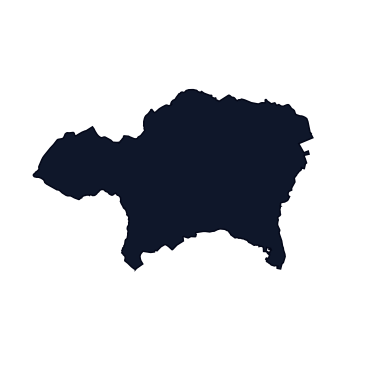 Sangeorgiu De Padure, Mures, Romania (Mercator projection), rotated 154°
{"feature_id": "2599482B81153426135249", "entity_name": "Sangeorgiu De Padure", "entity_type": "district", "adm_level": 2, "iso_a3": "ROU", "parent_name": "Romania", "parent_adm1": "Mures", "projection": "mercator", "projection_center": [24.904, 46.423], "detail": "fine", "context": "isolated", "style": "filled", "palette": "ink", "viewbox_px": 384, "rotation_deg": 154, "n_neighbors": 0, "source": "geoboundaries", "source_scale": "gbopen_adm2", "svg_char_len": 6077}
<svg xmlns="http://www.w3.org/2000/svg" viewBox="0 0 384 384"><g transform="rotate(154 192 192)"><path d="M325.5,277.7L326.9,277.1L327.3,276.5L327.3,275.9L327.0,274.9L325.3,273.5L323.2,272.4L321.5,270.6L320.0,268.1L319.9,266.6L320.1,265.0L319.1,262.8L312.4,253.2L311.2,252.5L310.3,251.4L309.0,248.1L306.6,244.2L305.4,243.1L303.5,242.2L302.5,241.5L300.3,238.4L297.0,234.9L296.5,234.8L294.7,235.4L293.8,235.1L292.4,236.1L291.8,236.0L291.1,236.2L289.5,235.7L288.8,235.9L288.1,235.4L286.4,234.8L285.6,233.8L285.4,233.9L285.4,234.4L284.1,234.0L282.8,232.4L281.5,231.8L280.5,231.7L278.7,232.1L277.1,232.9L275.9,233.1L274.0,234.0L271.8,233.9L269.8,232.3L269.7,231.2L269.4,230.5L267.7,228.7L267.2,226.5L265.8,224.6L265.2,224.2L264.3,224.1L262.4,224.5L261.1,224.5L260.9,224.1L260.9,223.3L260.4,222.5L260.5,221.9L259.7,221.5L259.3,220.7L258.7,218.4L259.7,215.6L260.4,215.1L260.6,212.6L260.4,209.5L260.5,207.8L260.2,207.0L259.5,206.9L259.8,206.1L259.4,204.4L259.9,201.1L260.6,200.1L260.0,199.2L259.8,196.8L260.1,196.2L260.2,196.4L261.2,195.0L261.1,193.6L262.3,192.4L262.6,191.5L263.5,190.0L265.0,189.2L266.1,187.8L266.5,186.7L266.4,185.3L266.7,184.6L268.0,182.8L268.5,181.6L270.5,178.9L271.3,178.4L272.4,178.3L273.3,177.6L275.2,174.7L276.1,173.8L276.8,173.5L277.3,172.5L278.8,172.0L279.2,171.5L279.6,170.7L280.6,170.3L281.0,168.7L281.8,168.1L281.3,167.1L281.2,165.7L280.5,164.0L280.5,163.1L281.0,161.8L282.3,160.2L282.5,159.5L280.9,156.2L279.2,151.4L277.8,148.5L276.9,147.2L277.0,147.0L275.4,147.7L267.8,148.9L268.1,152.8L267.7,154.9L267.1,156.8L266.3,157.9L265.0,159.0L262.1,160.3L255.6,155.8L252.0,154.6L251.5,155.3L250.7,155.6L250.0,155.3L249.2,154.5L243.9,156.4L239.9,156.7L239.2,156.5L238.5,156.0L237.8,154.9L236.8,153.0L235.4,149.3L235.2,148.9L234.7,148.8L228.7,151.0L221.2,151.8L220.0,155.2L219.6,155.7L219.0,155.7L216.0,152.8L215.2,152.4L212.5,152.5L208.7,150.4L208.2,150.4L207.8,151.3L207.0,151.6L206.9,151.9L207.2,152.5L206.9,152.8L206.7,153.6L206.4,153.9L199.5,151.8L197.0,150.6L193.6,148.4L190.7,147.7L189.3,147.1L185.6,147.1L182.9,146.6L179.0,144.2L178.4,143.5L177.3,141.9L176.3,141.1L176.2,139.2L175.7,137.6L175.9,136.7L173.4,131.9L171.5,131.4L170.0,129.8L169.1,129.7L167.3,128.0L166.1,127.3L165.1,125.9L163.6,124.4L163.0,121.8L161.4,120.0L161.1,119.3L160.7,118.9L160.2,117.9L159.7,117.1L159.1,116.7L158.2,116.6L157.4,116.0L156.5,115.7L155.2,114.7L155.7,113.6L153.6,113.0L152.7,112.1L152.3,111.4L152.3,110.5L153.7,107.2L151.4,105.9L151.2,106.1L151.0,106.9L150.1,108.3L149.2,109.4L147.8,108.0L146.1,106.9L146.2,106.5L147.2,106.4L146.1,105.9L146.0,105.4L146.1,104.9L147.5,104.7L149.0,103.2L149.4,103.5L149.6,104.3L150.6,105.5L151.1,105.4L150.9,103.7L150.2,101.8L149.8,101.4L152.2,99.0L153.0,99.2L154.1,100.0L154.8,99.6L155.2,99.2L154.3,97.8L154.4,97.6L155.2,97.5L155.4,97.2L155.3,96.6L154.7,95.9L153.7,93.8L153.1,93.2L153.0,92.4L152.6,91.6L150.4,89.5L148.8,89.2L148.4,88.4L147.3,87.6L148.9,86.5L148.9,86.1L146.1,84.0L142.9,87.8L140.8,88.6L136.6,93.1L135.8,95.4L135.2,99.6L134.5,101.7L134.3,103.9L132.8,108.9L131.9,116.1L131.3,117.8L130.5,118.4L129.9,119.2L129.8,119.9L129.7,123.8L129.4,125.4L128.1,127.5L126.7,129.1L126.3,131.4L124.9,132.1L123.6,132.2L122.7,132.6L122.2,133.2L122.1,134.1L121.2,136.3L120.8,137.7L120.3,138.4L119.6,139.1L118.8,140.7L118.4,140.5L118.6,141.2L117.9,141.9L117.7,142.7L116.9,143.3L114.8,143.0L113.1,142.4L110.1,142.5L109.1,142.9L106.3,145.1L106.9,146.1L107.0,147.1L106.2,148.8L104.7,150.1L101.6,150.0L100.9,151.7L99.8,152.6L95.1,155.9L93.9,159.8L90.6,161.4L89.6,162.2L88.3,162.7L86.2,163.8L85.3,163.7L84.4,164.0L83.9,164.4L82.9,166.1L82.6,165.9L82.3,164.9L80.8,163.8L77.8,167.6L76.3,167.9L75.6,172.9L75.7,173.7L75.1,175.8L70.2,174.7L69.6,177.9L74.1,178.2L74.3,178.8L74.9,188.7L59.6,187.8L59.7,192.3L59.3,192.3L59.7,194.2L57.0,204.5L56.7,207.7L57.7,209.5L58.8,210.9L60.1,212.2L61.7,213.1L64.7,216.1L64.7,218.5L64.4,219.7L64.5,220.6L64.9,221.7L65.7,222.9L66.2,224.5L66.2,225.4L66.7,227.6L67.1,228.2L67.6,228.5L68.9,228.8L72.4,229.0L73.9,229.9L74.6,230.7L75.6,232.5L78.1,232.8L78.5,235.8L81.9,236.5L82.5,237.0L83.0,238.3L84.0,239.8L84.6,241.2L84.7,242.2L85.0,242.7L85.6,242.8L86.2,242.0L86.6,240.8L87.3,240.1L89.9,241.5L90.9,241.8L93.4,241.9L94.1,242.2L99.5,246.2L104.1,251.4L105.7,252.9L106.9,253.8L108.2,253.7L109.5,254.4L111.3,254.2L112.2,255.6L112.4,257.2L112.8,258.2L113.4,258.9L114.8,259.8L115.5,261.6L116.0,262.5L116.8,262.9L128.1,261.6L128.5,262.6L129.0,263.3L129.4,263.3L130.0,264.5L130.0,265.0L129.6,265.4L129.5,266.0L129.9,266.4L130.4,266.2L130.9,266.4L132.8,268.8L132.8,269.4L132.1,269.7L132.1,270.2L132.5,270.6L133.1,270.7L134.1,271.5L137.7,275.3L139.0,277.4L139.1,277.9L139.4,278.2L139.7,278.2L140.0,277.4L140.4,277.2L140.7,277.4L141.8,278.8L142.7,279.5L143.0,280.7L143.4,281.4L146.1,283.5L150.1,285.3L152.8,285.7L154.4,285.0L155.0,285.0L156.0,285.1L157.0,286.1L157.7,286.3L158.5,286.3L159.3,285.7L160.5,286.0L164.6,283.9L166.1,282.9L166.9,282.6L168.8,282.7L170.8,282.0L171.6,281.2L171.7,280.6L172.0,280.9L172.4,280.4L172.6,280.0L172.3,279.5L173.0,279.4L175.0,279.6L176.6,281.2L177.7,281.5L181.6,281.4L184.9,281.1L189.4,279.8L190.7,279.7L191.3,280.5L192.0,283.8L192.8,284.0L193.7,283.2L196.9,281.6L200.2,280.7L201.3,280.0L202.4,279.0L204.5,276.4L205.7,273.9L206.4,272.7L206.5,271.1L207.4,269.7L207.2,268.7L207.5,268.0L213.4,265.1L216.2,265.0L217.6,264.1L218.3,264.1L219.6,264.5L220.7,265.3L223.8,268.8L224.6,269.9L228.4,272.2L229.0,272.1L229.6,271.0L231.3,270.3L232.7,269.5L234.1,269.1L235.9,268.1L236.4,268.2L236.5,269.0L237.2,269.1L241.0,271.2L241.4,271.7L242.3,274.2L246.1,279.5L247.0,280.0L249.3,280.3L249.9,280.7L250.8,281.8L251.6,283.5L252.1,285.3L252.5,288.9L252.5,291.8L252.9,294.2L260.3,293.4L261.3,293.7L264.6,293.9L269.2,293.6L270.3,293.4L272.1,293.4L272.4,293.8L272.5,294.6L272.2,296.4L272.3,297.0L272.7,297.6L276.4,298.9L278.3,300.0L279.2,300.0L280.5,299.7L282.5,297.9L284.2,296.8L285.6,296.9L289.4,298.0L290.3,297.9L295.6,295.3L299.8,293.7L308.8,289.5L310.8,288.4L312.7,287.0L317.9,282.5L318.7,281.7L319.5,279.5L321.9,278.6L324.0,278.3L324.7,277.5L325.5,277.7Z" fill="#0f172a" stroke="#020617" stroke-width="1.5"/></g></svg>